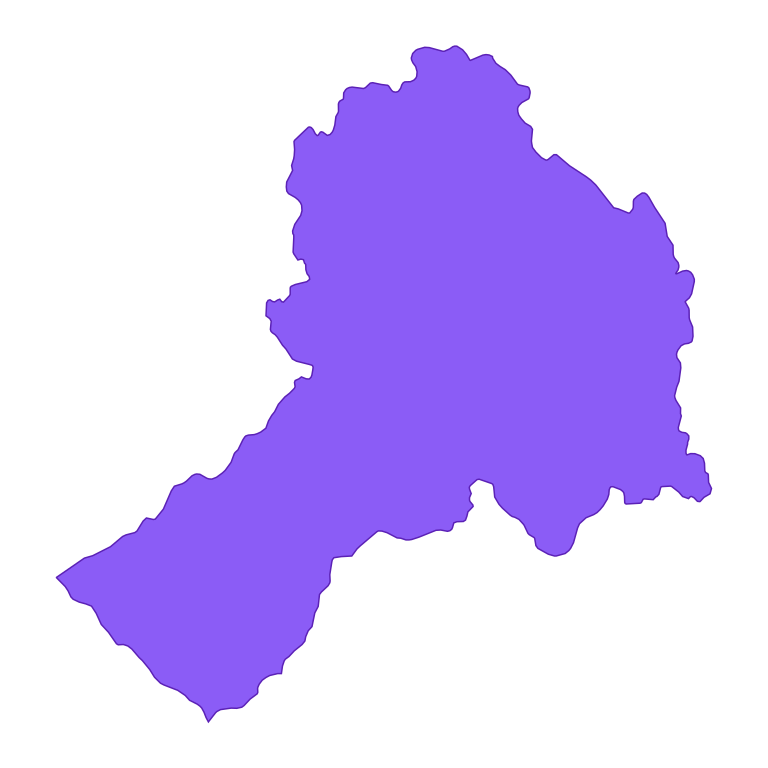 outline of Quy Chau, Nghệ An, Vietnam
{"feature_id": "81297802B85029486143959", "entity_name": "Quy Chau", "entity_type": "district", "adm_level": 2, "iso_a3": "VNM", "parent_name": "Vietnam", "parent_adm1": "Nghệ An", "projection": "robinson", "projection_center": [105.091, 19.537], "detail": "fine", "context": "isolated", "style": "filled", "palette": "violet", "viewbox_px": 768, "rotation_deg": 0, "n_neighbors": 0, "source": "geoboundaries", "source_scale": "gbopen_adm2", "svg_char_len": 6056}
<svg xmlns="http://www.w3.org/2000/svg" viewBox="0 0 768 768"><path d="M281.4,673.6L282.5,665.9L284.2,660.9L285.3,659.2L289.0,656.5L294.3,650.8L302.1,644.5L304.9,641.0L305.7,636.7L308.2,630.8L312.0,626.6L314.8,612.9L318.2,606.4L319.5,594.5L321.4,592.0L328.1,585.7L329.8,582.8L330.1,581.0L329.8,574.6L331.8,562.0L332.3,559.8L333.9,557.7L341.3,556.6L351.8,556.0L357.0,548.9L360.4,545.7L376.9,531.7L378.4,530.9L382.0,531.1L387.1,532.7L397.1,537.9L400.7,538.2L405.9,539.9L409.1,539.9L411.7,539.5L418.8,537.2L436.0,530.3L440.7,530.0L447.5,531.3L449.9,530.7L451.7,529.3L452.5,527.6L453.8,522.9L456.9,521.7L463.3,521.5L465.5,520.1L466.9,516.2L467.9,511.9L473.1,506.5L472.9,505.0L470.0,501.5L469.5,500.1L469.5,497.6L471.2,493.6L469.5,489.1L469.3,487.2L470.2,485.7L477.0,479.6L479.1,479.2L491.6,483.5L492.8,484.3L493.7,486.8L494.7,497.0L499.0,504.3L502.5,508.2L510.1,515.1L512.2,516.5L514.9,517.3L519.0,519.4L523.2,524.0L524.1,525.2L528.0,533.4L529.3,534.7L534.2,537.6L534.7,538.5L535.9,545.6L537.9,548.4L548.3,554.2L554.5,556.0L556.2,556.0L565.2,553.5L568.8,550.6L570.6,548.4L573.5,542.7L577.6,527.9L579.5,523.7L586.1,517.7L593.7,514.6L597.0,512.6L600.0,509.7L603.1,506.0L607.3,499.1L608.8,494.5L609.2,489.7L610.0,487.8L610.9,486.8L613.0,486.7L615.9,487.8L620.4,489.5L622.8,491.4L623.8,492.8L624.5,496.3L624.7,502.4L625.1,503.4L626.1,504.0L640.1,503.2L641.3,502.6L643.1,499.3L644.5,498.9L653.2,499.7L655.8,496.9L657.0,496.4L658.9,494.3L660.6,487.7L661.2,486.8L662.0,486.6L670.4,486.1L671.7,486.5L678.8,492.1L682.6,496.5L688.5,498.6L690.4,496.6L691.7,496.5L694.1,497.8L697.4,501.3L699.4,501.6L700.1,501.5L704.0,497.3L710.0,493.8L710.2,493.2L711.5,488.5L708.6,482.4L708.3,474.9L707.9,473.8L705.6,472.5L704.8,470.9L704.5,463.2L703.2,458.5L700.3,455.7L694.9,453.7L690.6,453.6L687.0,454.9L686.4,454.3L686.0,453.1L686.0,450.1L687.6,444.1L687.6,442.3L688.8,439.1L688.8,435.9L686.8,433.6L685.4,432.8L681.8,432.3L679.1,430.9L678.5,429.6L678.3,427.4L681.3,416.0L680.5,413.6L680.6,407.9L675.9,400.3L674.8,397.4L674.6,395.6L676.7,387.2L679.0,381.3L680.8,367.9L680.4,362.9L676.9,357.6L676.5,354.2L677.0,352.1L678.0,349.9L681.1,345.7L684.5,343.9L688.5,343.3L691.4,341.9L692.1,340.8L693.0,336.3L692.6,327.0L689.6,319.7L689.2,317.7L689.1,310.1L688.7,308.2L685.2,301.9L685.7,301.1L689.4,297.8L691.6,293.8L694.3,281.5L694.3,279.2L692.6,274.8L690.7,272.3L688.5,271.0L686.5,270.5L682.6,271.1L676.7,273.8L675.9,273.6L676.3,272.4L678.0,270.1L678.8,267.1L678.8,265.3L678.1,262.6L674.5,258.1L673.7,256.4L673.2,254.2L673.0,245.2L667.2,236.4L665.1,223.3L654.6,207.4L648.9,197.3L646.7,194.4L644.7,193.1L642.2,193.0L637.3,196.2L633.9,199.4L633.4,201.1L633.3,207.3L632.8,209.1L629.7,213.0L628.2,213.0L618.3,208.9L613.7,207.8L595.9,185.1L590.8,180.2L586.6,177.0L569.4,165.7L556.5,154.7L553.9,154.7L548.1,159.5L546.8,160.1L545.7,160.0L541.5,157.7L535.9,152.1L532.5,147.5L531.7,143.4L531.4,141.0L532.5,129.3L530.7,126.4L525.1,123.1L521.3,118.8L518.8,115.2L517.8,111.8L517.6,108.5L518.1,106.9L519.2,105.2L521.9,102.5L528.6,98.8L529.2,97.6L530.1,93.0L530.0,91.1L528.9,87.9L527.7,86.9L519.3,85.0L517.5,84.2L510.9,75.2L505.4,69.8L499.7,66.2L495.9,63.3L492.7,58.3L492.4,56.5L489.2,55.0L486.0,54.6L482.9,55.1L470.4,60.4L469.9,60.2L466.5,54.4L462.6,49.8L456.9,46.2L454.8,46.1L452.8,46.7L449.7,48.9L444.5,51.2L442.9,51.3L429.3,47.6L424.7,47.3L417.7,49.3L415.8,50.3L412.7,53.5L411.3,58.0L411.6,59.9L412.9,62.8L415.7,66.6L417.1,71.8L416.7,76.4L415.8,78.2L413.8,80.2L410.5,81.7L404.8,81.9L403.2,82.8L401.8,84.9L400.7,88.2L398.9,90.7L398.1,91.5L395.8,92.2L393.2,91.7L391.7,90.5L388.7,86.1L387.7,85.3L381.3,84.5L372.7,82.7L370.3,83.1L365.4,87.7L363.5,88.5L352.1,87.1L349.4,87.5L347.1,88.5L345.6,89.8L343.7,92.9L343.5,98.2L343.2,99.2L339.8,101.1L338.9,102.4L338.4,104.0L338.5,111.3L338.2,112.5L335.9,116.6L334.8,125.1L333.3,130.1L332.2,132.2L330.1,134.5L327.3,135.4L322.9,132.2L321.5,131.8L320.4,132.1L318.1,135.3L317.2,135.6L315.3,133.8L313.1,129.6L311.3,127.6L309.8,127.0L308.4,127.2L294.6,140.3L294.0,141.6L294.6,149.6L294.2,155.8L293.7,158.8L291.6,165.5L292.6,170.5L286.7,182.0L286.3,186.9L286.8,191.1L288.5,193.6L295.2,197.4L298.2,199.9L300.4,202.6L301.6,205.2L302.0,210.7L300.7,215.4L294.8,224.3L292.6,231.0L292.9,233.7L293.7,234.9L293.8,237.2L293.1,252.1L293.8,253.9L297.9,260.0L300.9,259.1L303.5,259.7L304.5,263.1L305.7,264.4L305.9,269.8L307.1,273.8L309.2,276.5L309.7,279.3L306.8,281.7L295.3,284.5L291.4,286.2L290.4,287.2L290.2,288.3L290.2,294.4L289.4,295.8L283.5,302.1L281.7,301.7L279.8,299.2L277.6,300.0L274.7,301.9L272.5,301.5L270.0,299.8L268.1,300.4L266.6,302.9L266.0,315.8L269.8,318.6L271.2,321.2L270.4,329.4L271.0,331.3L272.4,332.8L275.2,334.7L277.3,337.1L282.5,345.2L286.0,349.1L292.4,359.0L296.5,361.2L309.2,364.4L311.9,365.2L312.7,366.0L313.1,367.3L312.8,369.8L311.9,375.0L311.1,377.1L309.4,378.9L308.3,379.0L306.1,378.8L301.4,376.9L299.0,378.8L295.2,380.5L294.5,382.4L295.1,386.7L294.4,388.3L289.6,393.2L284.9,396.9L278.4,404.3L274.6,411.8L271.8,415.3L268.5,420.9L265.9,428.2L260.7,432.1L257.2,433.7L254.3,434.6L248.4,435.1L245.9,435.9L244.8,436.9L242.9,439.8L238.0,449.8L235.1,452.5L234.2,453.9L231.1,462.3L225.2,470.4L222.5,472.9L216.5,477.3L211.9,479.1L208.9,478.9L206.9,478.3L199.9,474.3L196.6,474.0L194.8,474.4L192.0,475.8L186.5,481.1L184.1,482.8L181.9,483.9L174.4,486.2L171.3,490.9L163.4,509.1L155.3,519.1L153.4,519.5L146.4,518.0L143.1,521.1L137.0,531.0L134.8,532.6L126.0,534.9L122.6,536.5L110.5,546.7L92.7,555.7L84.4,558.1L56.6,577.3L56.5,577.7L65.2,586.5L68.1,590.9L70.9,596.9L73.2,599.3L79.2,602.1L85.8,603.9L91.5,606.1L96.2,613.3L101.3,624.5L108.5,632.3L116.5,643.8L118.2,644.8L123.3,644.5L125.3,645.1L127.9,646.0L131.9,649.1L139.2,657.6L142.4,660.6L149.7,669.5L154.5,677.2L160.5,683.2L164.0,685.0L177.7,690.3L185.2,695.4L189.6,700.3L197.3,704.2L199.9,706.1L201.7,708.0L204.0,712.2L206.1,717.6L208.4,721.9L215.6,712.7L216.9,711.5L220.5,709.6L231.2,708.1L236.8,708.3L241.8,707.2L244.1,705.5L250.2,699.0L257.2,693.8L257.8,692.3L257.6,688.4L257.9,687.1L259.2,684.2L262.2,680.2L266.1,677.4L269.7,675.5L277.6,673.6L281.4,673.6Z" fill="#8b5cf6" stroke="#5b21b6" stroke-width="1.5"/></svg>